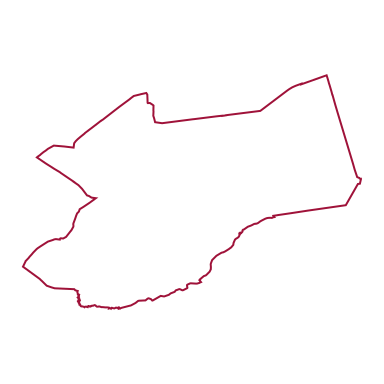 Jaunbērzes pag., Dobele, Latvia
{"feature_id": "27541924B28590745616042", "entity_name": "Jaunbērzes pag.", "entity_type": "district", "adm_level": 2, "iso_a3": "LVA", "parent_name": "Latvia", "parent_adm1": "Dobele", "projection": "robinson", "projection_center": [23.387, 56.756], "detail": "fine", "context": "isolated", "style": "outline", "palette": "rose", "viewbox_px": 384, "rotation_deg": 0, "n_neighbors": 0, "source": "geoboundaries", "source_scale": "gbopen_adm2", "svg_char_len": 5361}
<svg xmlns="http://www.w3.org/2000/svg" viewBox="0 0 384 384"><path d="M23.0,266.7L39.7,278.9L41.3,280.5L41.5,280.6L46.7,285.7L51.6,287.4L54.7,288.3L68.1,288.9L74.3,289.2L75.3,290.3L77.7,291.0L77.5,291.5L77.4,292.1L77.4,292.5L77.7,293.2L77.8,293.9L77.8,294.4L77.9,294.5L78.3,294.4L78.5,294.4L78.6,294.6L78.9,294.6L79.0,294.7L78.9,294.8L78.7,294.9L78.7,295.0L78.8,295.1L79.0,295.1L78.9,295.6L79.0,296.0L78.8,296.3L78.8,296.5L78.4,296.5L78.4,297.0L78.0,297.2L77.9,297.3L78.3,297.6L78.2,297.7L78.0,297.8L78.2,298.0L78.5,298.0L78.8,298.1L78.7,298.3L78.6,298.7L78.9,298.8L78.8,299.0L79.3,299.2L79.5,299.3L79.6,299.7L79.7,299.8L79.8,300.2L79.4,300.3L79.5,300.6L79.4,300.8L79.4,301.0L78.3,300.9L78.1,300.9L78.0,301.0L78.2,301.3L78.0,301.6L78.2,301.8L78.4,301.6L78.7,301.6L78.9,301.8L79.1,301.9L79.2,302.2L79.2,302.4L78.8,303.0L79.0,303.3L79.4,303.5L79.5,303.6L79.7,303.9L79.5,304.1L79.7,304.3L79.5,304.5L79.5,304.8L80.4,305.1L80.5,305.3L80.7,306.0L81.1,306.3L81.3,306.4L81.6,306.4L82.5,306.4L83.4,306.7L83.9,306.8L84.5,307.2L84.7,306.9L84.9,306.8L85.2,306.7L85.8,306.7L86.2,306.7L86.6,306.7L87.0,307.0L87.5,307.1L87.5,306.9L87.9,306.5L88.2,306.4L88.4,306.0L88.7,306.0L88.8,306.1L88.8,306.3L89.1,306.5L89.3,306.5L89.5,306.5L89.9,306.3L90.1,306.3L90.3,306.3L90.5,306.5L90.7,306.4L90.5,306.2L90.9,306.0L91.0,306.0L91.6,306.1L91.8,306.0L92.0,305.7L92.7,305.7L93.2,305.7L93.5,305.6L93.8,305.4L94.5,305.1L95.5,305.4L95.9,305.9L96.8,306.6L97.2,306.7L98.0,306.7L99.0,306.4L99.4,306.5L100.5,306.8L101.3,307.1L102.6,307.1L104.4,307.3L105.3,307.4L106.5,307.4L107.2,307.4L107.9,307.5L108.6,307.5L109.2,307.7L109.4,307.9L109.2,308.4L109.5,308.3L110.1,308.2L110.3,308.2L110.7,308.3L110.9,308.6L111.0,308.7L111.2,308.4L111.4,308.2L111.6,307.8L112.0,307.8L112.7,308.1L113.0,308.1L113.3,308.2L113.7,308.3L114.3,308.4L114.9,308.2L115.1,308.1L115.3,307.9L115.7,307.7L116.0,307.7L116.6,307.7L116.8,307.8L117.2,308.0L118.0,307.7L118.4,307.6L118.5,307.4L118.8,307.3L119.1,307.4L119.2,307.6L119.3,308.1L119.1,308.3L119.4,308.4L119.3,308.6L119.7,308.5L120.2,308.5L120.3,308.3L121.7,307.8L129.8,305.7L130.4,305.6L131.0,305.4L135.5,303.0L138.0,301.0L138.2,300.9L138.6,300.8L139.2,300.7L145.5,300.4L147.3,298.9L148.3,298.3L148.7,298.3L150.9,299.1L151.0,299.2L152.2,300.5L152.7,300.5L157.6,297.7L160.7,295.9L163.7,296.4L164.0,296.4L164.3,296.4L168.9,294.8L170.6,293.4L174.0,292.1L174.7,291.8L174.8,291.6L175.7,290.5L176.1,290.2L177.5,289.8L178.6,289.3L179.6,289.1L180.7,289.5L181.8,290.1L182.3,290.2L182.7,290.3L183.0,290.2L183.3,290.1L187.1,288.2L187.3,288.0L187.4,287.8L187.3,287.2L187.0,285.6L187.1,284.9L187.3,284.7L190.3,283.3L190.8,283.3L195.8,283.6L197.0,283.6L199.4,282.9L199.6,282.7L201.0,282.1L199.5,280.3L200.0,279.8L199.8,279.5L203.8,276.1L205.8,275.4L206.4,274.9L209.6,271.7L210.8,269.3L210.8,269.1L210.9,267.1L210.7,264.3L210.9,263.4L212.1,260.1L216.4,255.8L216.7,255.6L221.2,252.9L222.2,252.5L223.0,252.4L223.5,252.2L224.8,251.6L226.6,250.5L229.0,249.0L229.6,248.5L230.4,248.0L230.5,247.8L231.2,247.4L232.0,246.4L233.2,245.0L233.3,244.8L233.5,243.2L233.6,242.8L235.0,239.6L235.3,239.3L235.9,238.8L237.1,238.1L238.0,237.5L238.8,236.7L239.1,236.1L239.6,234.9L239.9,234.4L239.3,234.0L239.3,233.8L239.3,233.3L240.2,232.6L240.4,232.7L241.3,233.0L241.5,232.6L242.0,232.2L242.5,231.6L242.5,231.4L242.5,230.4L243.1,229.7L243.9,229.5L244.6,229.0L247.9,226.7L250.4,225.8L250.9,225.6L251.8,225.2L252.7,224.7L253.5,224.3L254.3,223.9L255.6,223.7L255.7,223.8L255.9,223.8L257.5,223.3L258.2,222.9L260.2,221.4L261.4,220.7L265.3,218.7L267.0,218.1L268.3,217.9L269.9,217.8L270.7,217.8L271.6,217.9L272.2,217.8L272.8,217.4L273.3,217.3L274.3,217.1L273.5,216.0L273.4,215.8L277.4,215.2L277.8,215.1L290.9,213.2L307.9,210.6L321.9,208.6L345.8,205.2L357.9,184.0L359.9,183.7L361.0,178.9L360.9,178.7L360.6,178.8L360.3,178.8L359.8,178.6L359.6,178.5L359.3,178.1L359.2,177.9L357.2,177.1L354.7,169.7L353.0,163.7L337.5,112.3L335.3,104.9L332.5,94.9L332.3,94.8L331.6,92.0L329.6,85.2L328.8,82.8L328.7,82.2L327.5,78.1L326.6,75.3L301.3,84.3L301.4,83.7L295.9,85.7L293.6,86.7L292.1,87.4L290.5,88.4L289.6,88.9L288.3,89.8L286.9,90.8L260.3,110.9L229.2,114.8L226.2,115.2L226.2,115.3L225.6,115.4L222.3,115.9L222.3,115.7L216.8,116.3L193.6,119.2L193.3,119.2L162.1,123.2L155.1,122.2L154.1,118.2L153.3,115.8L153.5,111.5L153.4,110.4L153.5,105.5L152.8,104.9L149.9,103.0L147.8,103.1L147.7,103.0L147.6,102.8L147.5,99.6L147.3,94.6L146.3,93.0L140.4,94.3L140.2,94.4L133.7,96.0L130.2,98.7L130.2,98.8L119.1,107.0L103.9,118.8L103.2,119.4L101.1,120.7L101.1,120.8L100.8,120.9L97.1,123.8L85.0,133.0L84.6,133.5L80.4,136.9L77.7,139.2L75.7,141.2L74.2,143.2L74.1,143.7L73.6,147.6L64.3,146.5L53.8,145.6L48.0,148.8L45.6,150.7L43.5,152.1L40.9,154.2L40.1,155.0L37.8,156.6L36.9,157.4L45.4,163.2L54.5,169.0L59.9,172.2L60.5,172.7L61.0,173.1L74.0,181.9L73.9,182.0L78.4,185.1L82.1,188.9L87.0,195.4L88.3,195.8L88.8,195.9L91.5,197.6L95.8,198.2L89.1,203.1L83.4,206.9L81.0,208.4L80.0,209.0L79.7,209.2L79.2,210.7L78.9,211.5L78.6,211.9L78.0,212.5L77.1,213.4L76.5,214.9L76.2,215.6L75.2,218.6L73.4,223.4L73.3,224.1L73.3,224.7L73.4,225.0L73.4,226.4L73.3,226.8L71.3,230.4L71.2,230.4L66.1,236.9L63.2,238.5L60.7,238.3L60.1,238.6L59.9,239.0L59.8,239.6L55.9,239.1L54.2,239.4L53.1,239.9L47.9,241.6L40.7,246.2L37.7,248.2L36.6,249.1L33.2,252.6L31.8,254.3L29.5,256.8L28.7,257.9L26.5,260.2L25.6,261.1L25.6,261.3L23.0,266.7Z" fill="none" stroke="#9f1239" stroke-width="2"/></svg>